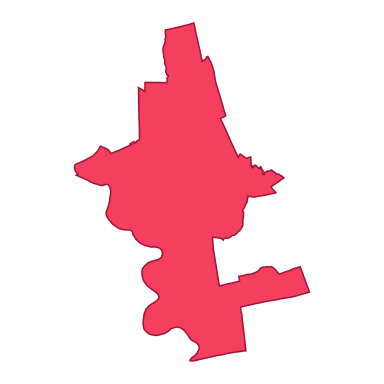 Doljesti, Neamt, Romania (Mercator projection)
{"feature_id": "2599482B42576561544247", "entity_name": "Doljesti", "entity_type": "district", "adm_level": 2, "iso_a3": "ROU", "parent_name": "Romania", "parent_adm1": "Neamt", "projection": "mercator", "projection_center": [26.991, 47.029], "detail": "fine", "context": "isolated", "style": "filled", "palette": "rose", "viewbox_px": 384, "rotation_deg": 0, "n_neighbors": 0, "source": "geoboundaries", "source_scale": "gbopen_adm2", "svg_char_len": 5996}
<svg xmlns="http://www.w3.org/2000/svg" viewBox="0 0 384 384"><path d="M309.5,292.2L300.2,266.7L295.4,268.3L294.6,268.4L293.8,268.8L293.3,268.8L291.0,270.0L287.2,271.2L286.9,271.5L284.4,272.2L279.5,274.2L276.7,271.4L275.8,270.0L274.0,268.4L271.4,266.6L269.9,266.9L269.2,266.8L266.7,266.7L266.2,266.8L265.3,267.1L263.1,267.1L261.6,267.6L260.6,268.0L259.5,269.6L259.0,270.3L257.2,271.7L255.4,272.5L252.5,273.6L249.8,274.4L248.2,274.2L242.2,275.8L238.8,276.3L239.6,281.1L231.2,283.2L229.3,283.4L219.4,286.0L218.8,282.4L213.4,249.3L212.7,241.4L212.5,237.2L219.6,238.1L220.8,238.4L221.8,238.9L223.1,240.1L223.2,239.6L223.4,239.0L224.6,238.5L225.6,238.2L227.4,238.2L228.7,237.8L229.7,237.6L230.4,237.1L231.9,235.6L234.3,235.2L235.2,234.8L236.4,233.7L238.3,231.7L239.9,230.4L241.5,228.0L242.5,226.2L242.8,225.3L242.9,224.6L242.8,220.4L243.3,218.3L243.4,217.3L243.4,214.6L243.7,213.3L243.6,212.8L242.9,211.2L242.8,210.7L242.9,209.9L243.1,209.4L243.5,208.8L244.3,207.8L244.9,206.5L245.5,204.8L247.0,202.1L247.2,201.6L247.3,201.0L247.3,199.1L247.8,198.2L247.9,197.7L247.9,196.9L247.8,196.3L254.6,197.1L254.8,197.0L257.5,196.4L263.7,195.4L267.9,194.6L271.9,193.6L274.2,193.4L274.5,193.2L274.9,193.0L276.0,192.7L275.3,191.9L274.3,190.7L273.3,189.8L272.4,188.8L272.1,188.3L270.9,186.9L273.7,184.9L274.2,184.7L275.2,184.0L275.3,183.8L279.4,181.2L280.4,180.3L283.2,178.3L283.9,178.1L283.4,177.5L283.0,177.3L282.8,176.8L282.4,176.3L280.8,175.7L279.7,174.7L278.3,174.0L278.1,174.0L277.7,174.2L276.6,174.2L276.1,174.0L275.9,173.8L275.9,173.1L275.2,172.7L274.7,172.5L274.1,171.9L272.9,171.3L272.7,171.2L272.5,170.7L272.2,170.3L271.6,170.1L271.0,170.1L270.7,170.2L269.9,170.7L269.2,171.0L268.4,171.1L267.2,171.0L266.8,171.8L266.4,172.0L264.5,172.4L264.0,172.9L264.0,173.2L264.4,174.1L264.4,174.4L264.0,174.6L263.5,174.6L262.9,174.3L262.3,173.4L262.2,172.9L262.4,172.3L263.1,171.4L263.2,171.1L262.5,170.7L262.4,170.4L262.5,170.1L261.8,169.8L261.5,169.5L261.7,168.7L261.7,168.3L261.5,168.2L261.2,168.4L260.7,168.9L260.0,168.9L259.8,168.7L259.8,168.4L259.9,168.1L260.8,167.3L261.0,167.0L261.0,166.8L260.8,166.7L260.5,166.8L259.8,167.5L258.9,168.0L258.1,168.0L257.7,167.8L257.1,166.9L256.5,166.0L256.3,165.7L255.4,165.2L254.7,165.2L254.2,166.0L253.8,166.5L253.6,166.6L253.4,166.5L253.1,166.3L253.0,166.1L252.7,166.0L252.6,166.5L252.6,166.8L253.1,167.4L253.1,167.7L253.0,167.9L252.5,167.8L252.3,167.6L252.1,167.0L251.7,166.6L251.3,166.5L251.0,161.9L250.8,157.0L248.1,157.7L246.8,158.1L246.0,158.2L240.1,154.0L239.6,154.5L238.3,157.4L230.6,141.0L226.8,132.3L222.5,122.8L221.5,120.8L220.4,118.6L225.8,115.8L223.3,107.9L223.1,106.8L220.8,98.8L219.3,93.8L218.8,92.5L215.8,82.6L214.8,77.2L214.1,72.6L213.9,71.4L213.4,69.6L212.3,65.8L211.2,63.3L211.0,62.4L210.4,61.3L209.9,60.6L209.0,58.6L207.8,56.4L206.8,56.8L206.3,57.2L205.9,58.6L205.3,59.3L204.6,59.6L202.2,61.4L202.1,60.7L200.9,55.3L200.2,51.7L199.1,47.2L198.2,42.8L197.6,40.4L197.2,38.3L196.6,35.9L196.3,34.8L195.3,29.7L193.8,23.0L191.2,23.7L189.9,24.2L184.6,25.6L169.4,29.2L165.2,30.0L165.4,33.7L165.9,36.4L165.7,37.6L165.1,38.7L165.0,39.5L165.3,40.4L165.0,42.2L163.4,46.6L162.9,49.6L163.9,57.4L165.0,60.8L164.7,62.5L164.7,63.7L165.3,65.0L165.8,66.5L166.4,67.9L166.4,68.4L166.0,69.3L165.9,69.9L166.0,70.9L165.8,72.2L166.1,72.8L166.7,73.8L166.9,74.2L166.9,74.7L167.1,75.0L167.5,75.1L168.2,75.6L168.4,76.2L168.1,77.0L167.3,77.5L167.0,77.9L167.2,79.3L167.0,81.2L167.1,82.0L166.7,82.7L157.3,82.5L146.7,82.4L145.0,82.5L145.0,85.8L144.9,89.6L145.0,90.9L144.8,91.3L144.6,91.4L143.6,90.6L138.5,87.6L138.6,90.2L138.9,112.0L139.1,113.8L138.9,115.4L139.1,120.1L139.3,121.6L139.2,122.6L139.4,129.8L139.5,130.4L139.4,132.3L139.4,137.5L139.5,138.2L139.6,138.8L139.8,139.0L139.6,139.3L136.4,141.4L136.1,141.8L136.2,142.2L134.2,143.1L133.9,141.9L133.6,141.6L130.1,143.9L131.6,144.6L120.9,149.4L117.0,151.2L116.9,151.0L111.2,153.5L109.2,151.0L108.2,149.8L107.4,149.2L106.8,149.0L104.5,147.8L101.5,146.6L100.4,146.0L97.6,151.1L92.9,155.9L83.9,160.8L75.9,164.2L74.9,165.1L74.5,166.3L74.5,167.8L74.8,169.4L75.5,171.2L76.6,172.8L77.9,174.4L76.2,175.2L88.1,180.4L90.3,181.8L91.5,182.4L94.3,183.5L100.0,185.1L102.4,185.6L103.7,185.2L104.7,184.7L106.9,184.3L107.8,184.5L108.3,184.8L108.8,185.4L110.2,188.5L110.7,190.6L110.6,194.1L110.0,197.2L109.5,201.2L108.9,204.1L108.0,207.3L106.7,210.7L106.1,212.6L106.1,213.4L106.2,214.7L106.6,216.2L108.6,219.4L112.5,224.0L116.9,227.3L118.6,228.2L121.5,229.3L125.2,229.9L129.1,229.9L130.1,230.2L132.0,231.1L132.4,231.8L132.7,232.7L132.8,233.9L133.3,235.1L134.3,236.5L134.9,237.5L135.7,238.5L135.8,239.1L138.7,241.8L139.3,242.7L139.8,242.7L140.0,243.0L145.1,245.6L147.6,246.1L149.6,246.7L151.8,247.1L154.3,246.9L156.7,247.2L159.8,248.3L161.5,250.0L162.3,251.9L162.4,254.3L161.5,257.0L160.7,257.9L159.6,258.7L157.8,259.6L151.3,261.4L149.0,262.4L147.4,263.4L144.7,265.9L143.7,267.0L142.8,268.3L142.3,269.4L142.1,270.3L141.9,273.2L142.1,275.5L142.7,277.7L143.7,281.0L145.1,283.0L147.3,285.8L151.6,289.3L155.6,292.0L158.1,294.4L159.0,296.6L158.8,298.2L157.2,300.2L154.6,302.3L151.2,304.2L148.3,306.6L146.2,308.7L144.2,313.5L143.1,321.6L143.2,324.9L143.9,329.0L146.7,332.2L149.3,334.1L152.6,335.0L156.4,335.5L160.3,334.7L164.6,333.4L168.1,331.4L171.1,328.8L174.0,327.7L175.7,327.2L177.2,327.0L180.0,327.7L182.4,329.0L184.6,330.8L187.1,334.0L189.5,337.8L191.4,340.0L193.1,341.0L195.9,342.4L197.3,343.7L198.1,344.6L198.9,345.9L199.3,347.3L199.0,348.9L198.1,351.3L196.8,353.4L194.9,355.6L192.6,357.1L191.2,358.4L190.2,359.8L190.1,360.8L192.7,361.0L195.7,360.6L195.6,360.4L198.1,359.9L198.8,359.6L203.4,358.6L217.8,355.4L224.4,354.3L226.0,353.7L234.6,352.2L240.4,351.5L240.3,351.4L243.1,351.0L245.9,350.8L245.8,350.4L245.7,349.5L244.6,339.3L243.2,327.2L242.7,322.6L242.4,320.7L241.8,314.5L241.7,313.6L241.1,311.5L240.5,307.1L242.4,306.7L247.3,305.5L253.7,304.1L255.1,303.7L259.9,302.8L264.9,301.7L269.2,300.9L273.3,300.3L282.0,298.6L291.9,297.0L296.2,296.0L298.9,295.1L304.4,293.5L308.9,292.3L309.5,292.2Z" fill="#f43f5e" stroke="#9f1239" stroke-width="1.5"/></svg>